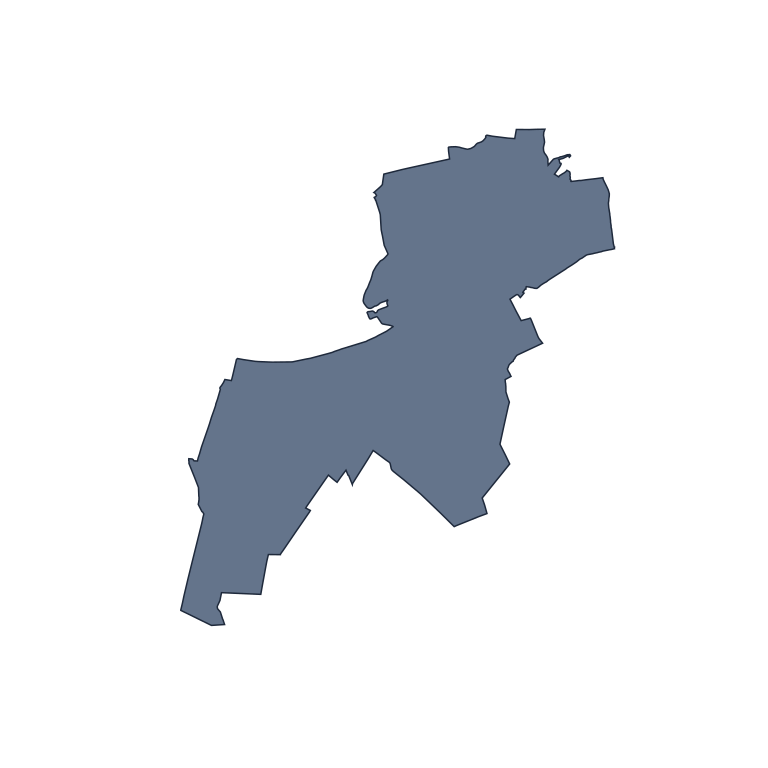 Ortisoara, Timis, Romania, rotated 322°
{"feature_id": "2599482B24150767318125", "entity_name": "Ortisoara", "entity_type": "district", "adm_level": 2, "iso_a3": "ROU", "parent_name": "Romania", "parent_adm1": "Timis", "projection": "natural_earth1", "projection_center": [21.264, 45.956], "detail": "fine", "context": "isolated", "style": "filled", "palette": "slate", "viewbox_px": 768, "rotation_deg": 322, "n_neighbors": 0, "source": "geoboundaries", "source_scale": "gbopen_adm2", "svg_char_len": 6130}
<svg xmlns="http://www.w3.org/2000/svg" viewBox="0 0 768 768"><g transform="rotate(322 384 384)"><path d="M433.8,524.4L435.9,514.8L438.3,502.8L438.6,502.6L451.2,492.1L468.3,478.0L471.6,475.5L472.7,472.0L475.2,465.3L475.6,464.8L478.7,460.7L479.2,459.8L479.8,459.0L480.3,458.2L480.7,457.3L482.2,455.1L488.8,456.2L489.0,455.0L489.5,453.1L489.8,450.3L490.5,448.1L492.6,447.0L493.1,446.6L494.2,446.0L494.8,445.8L496.3,445.6L497.7,445.5L498.4,445.4L499.8,445.6L500.9,444.8L501.4,444.7L503.0,444.3L504.1,443.7L506.6,443.2L534.1,449.5L534.1,443.6L534.5,441.4L538.8,426.6L539.4,424.5L539.9,422.3L539.6,422.0L538.5,421.7L531.1,418.5L533.0,407.7L533.9,403.1L534.2,401.7L535.5,394.7L537.3,394.8L541.0,395.0L543.2,395.2L543.9,395.4L544.3,396.0L544.6,396.8L544.6,398.8L544.6,399.8L545.8,399.6L550.3,398.6L549.8,397.5L549.8,397.2L553.7,396.1L554.2,396.6L555.9,394.9L556.1,394.9L558.6,397.5L559.0,398.2L560.4,399.6L561.5,401.2L562.8,402.4L563.4,402.8L563.6,402.8L565.4,402.9L568.5,402.7L571.1,402.9L573.5,403.2L574.2,403.4L575.9,403.5L576.8,403.4L579.8,403.6L597.9,405.3L599.9,405.3L605.3,405.9L611.0,406.3L614.7,406.2L615.8,406.3L617.4,406.7L622.7,407.0L624.0,407.4L628.8,409.9L630.1,410.4L633.1,411.9L634.4,412.4L636.8,413.6L638.2,414.0L643.4,416.6L643.9,416.8L646.0,418.0L648.9,419.3L649.1,418.7L649.4,418.5L649.9,418.2L649.7,418.0L649.7,417.8L650.1,417.0L651.1,414.7L658.9,401.7L659.0,401.3L659.6,400.1L660.2,399.4L660.8,398.5L661.0,398.0L661.2,397.7L662.2,395.9L663.0,394.9L665.2,391.3L666.1,389.6L666.6,389.1L666.9,388.5L668.7,385.2L669.0,384.8L669.3,384.0L670.4,382.3L672.2,379.6L674.1,377.8L674.7,377.0L675.5,376.2L677.2,374.6L678.7,372.8L679.7,370.4L679.8,370.0L680.2,369.1L681.1,365.2L681.9,361.3L681.9,360.9L682.1,360.4L682.7,357.7L683.5,356.2L676.7,352.2L669.2,347.6L664.5,344.9L662.8,343.6L660.5,342.3L657.1,340.2L656.1,339.6L656.1,339.3L656.4,339.2L656.6,339.0L656.7,338.6L656.8,338.1L656.7,337.4L656.7,337.2L656.9,336.9L657.6,336.4L657.9,336.0L658.3,335.4L658.6,334.4L658.9,334.2L659.6,333.6L660.2,332.7L660.3,332.6L660.4,332.4L660.4,332.1L660.7,331.8L660.8,331.3L660.7,331.0L660.8,330.9L660.7,330.6L659.7,328.2L658.8,328.5L657.2,328.6L655.4,328.5L653.8,328.2L652.8,328.2L652.3,328.1L650.4,327.9L649.9,328.0L649.2,328.3L649.0,328.0L648.8,327.4L648.4,326.0L647.5,323.6L655.6,321.3L657.5,320.5L658.9,319.8L659.2,319.5L659.3,319.0L658.6,318.1L660.0,315.1L660.0,314.8L663.8,316.4L665.5,316.8L669.7,317.6L669.9,317.9L669.6,319.4L671.5,319.1L671.5,318.3L671.7,318.1L671.7,317.6L671.1,317.1L669.9,316.8L669.9,316.4L669.1,316.0L666.7,315.3L663.7,314.1L662.7,313.5L661.0,313.2L660.3,312.9L659.1,312.3L658.3,312.0L656.7,311.3L655.7,311.2L648.1,312.6L650.3,309.3L651.6,307.9L652.3,305.7L652.6,303.3L652.6,301.0L653.2,298.8L654.4,296.9L655.4,295.6L657.5,293.9L659.4,292.3L660.8,290.0L662.7,286.4L664.9,284.0L667.7,282.3L660.7,277.0L655.2,273.0L645.0,264.9L638.1,271.1L633.1,266.6L622.0,255.5L618.3,251.3L617.3,251.1L616.6,251.4L616.3,252.2L614.8,252.8L611.9,253.3L609.9,253.2L607.5,252.4L606.0,251.8L604.5,251.8L603.0,252.1L602.1,252.3L601.4,252.4L600.5,252.3L597.6,251.9L594.4,250.5L593.1,249.0L590.4,245.6L589.3,244.0L587.8,242.4L586.4,241.0L582.7,238.3L580.9,237.2L580.3,237.3L578.2,240.3L574.2,247.1L535.3,228.5L530.2,226.1L513.1,218.5L506.1,225.2L505.6,225.8L503.0,226.3L493.9,226.9L494.3,227.6L494.4,228.3L494.3,230.5L494.2,230.8L492.7,231.2L491.2,230.9L491.0,231.0L491.0,231.7L490.9,232.7L490.5,233.9L490.7,234.0L486.3,246.0L485.3,248.3L476.7,260.8L474.6,265.0L474.2,265.9L469.6,274.7L469.2,276.1L469.1,276.6L467.3,283.8L466.6,284.3L461.8,285.1L459.7,285.2L456.9,284.8L454.6,285.3L450.3,286.4L445.4,288.4L444.1,289.1L441.1,291.4L437.7,293.8L435.1,295.2L431.3,297.5L429.3,298.5L427.6,299.1L423.3,301.6L422.4,302.3L419.9,304.5L418.8,305.6L418.3,306.7L417.9,308.2L417.8,311.7L417.9,313.2L418.4,314.6L419.5,315.8L420.3,316.3L422.1,316.7L423.6,316.8L424.8,317.0L425.9,317.6L428.4,318.0L430.4,317.8L431.9,318.1L433.5,318.6L435.3,319.3L436.8,319.7L438.6,319.9L438.5,320.4L436.9,321.1L435.9,322.4L435.1,324.8L434.1,324.9L432.6,324.5L429.6,323.5L425.3,322.2L424.0,322.3L423.3,322.8L422.6,323.0L421.5,322.9L420.8,322.4L420.6,322.0L420.6,321.0L420.1,319.6L419.0,318.9L417.9,318.4L416.9,317.8L416.1,317.2L415.3,317.1L414.6,317.3L413.9,320.1L413.4,321.2L413.2,322.3L413.0,323.3L412.9,323.8L413.4,324.5L414.4,324.9L416.1,325.2L419.8,326.5L420.0,327.7L419.5,334.6L419.8,335.7L421.3,337.5L424.1,340.6L425.1,341.8L426.4,343.9L426.4,344.4L418.5,344.0L409.7,342.3L406.2,341.8L397.5,339.6L396.5,339.6L372.0,330.2L369.7,329.5L365.2,327.9L362.6,327.2L358.7,325.6L341.8,318.4L338.0,316.4L325.3,310.1L309.3,297.9L298.7,288.9L296.3,286.7L288.4,278.4L284.2,273.7L282.7,273.9L280.9,275.4L270.2,284.0L267.0,286.5L265.8,287.3L261.4,282.5L258.4,284.0L255.0,285.2L253.2,285.6L252.3,286.0L252.0,286.4L251.7,287.5L243.7,293.3L239.2,296.2L238.0,297.3L234.2,299.8L227.4,304.1L222.3,307.7L218.7,310.1L201.5,321.2L195.6,325.5L192.1,327.8L189.6,329.8L187.1,327.7L186.9,327.3L186.9,327.1L187.1,326.4L187.0,326.0L186.7,325.0L184.2,322.7L183.0,324.1L182.9,324.3L182.8,324.7L182.5,325.2L181.4,326.5L177.1,341.4L174.1,351.3L169.0,358.4L168.5,359.4L167.9,360.0L167.8,360.3L166.5,361.8L165.9,362.2L165.8,362.5L163.5,364.5L162.0,372.2L162.1,373.0L162.3,373.3L162.0,375.5L158.9,377.9L157.0,379.6L154.1,382.0L121.5,407.5L109.4,417.0L95.8,427.9L90.1,432.7L84.7,437.0L84.5,437.3L99.4,468.0L110.3,475.4L111.5,472.0L111.9,471.1L112.0,470.2L114.7,462.9L114.5,458.7L115.1,457.4L115.8,456.5L119.9,454.4L121.6,453.5L122.6,452.6L127.5,448.4L157.4,473.9L164.4,467.6L179.6,454.1L182.8,451.3L187.9,447.2L197.3,454.7L197.7,454.3L202.4,452.9L224.0,446.0L246.4,439.0L248.1,438.3L245.9,433.5L248.8,432.5L259.1,429.3L281.1,422.5L284.1,421.6L285.4,428.1L286.5,432.6L292.9,430.7L301.0,428.5L299.5,433.7L299.8,434.5L297.1,443.8L297.9,443.1L325.2,433.3L334.5,429.7L335.6,433.4L338.7,444.9L339.9,448.7L340.0,449.2L340.0,449.9L339.8,450.7L337.8,454.7L337.5,455.3L337.4,456.0L337.3,457.1L337.6,458.9L338.7,463.6L340.6,471.5L345.1,493.0L349.1,520.8L351.5,539.6L354.0,540.2L361.9,542.5L376.9,546.8L385.4,549.5L388.7,541.5L391.2,534.3L433.8,524.4Z" fill="#64748b" stroke="#1e293b" stroke-width="1.5"/></g></svg>